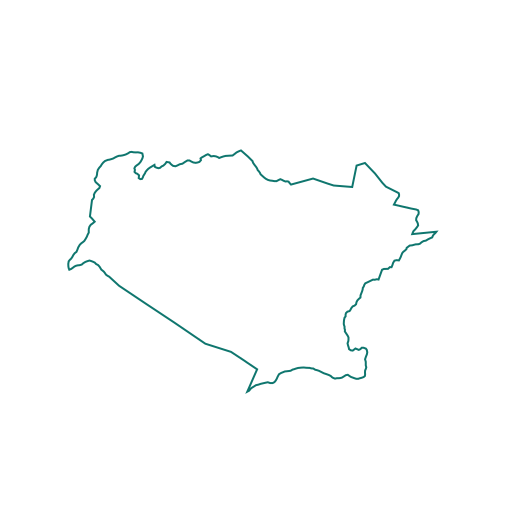 the district of Jaguarari, Bahia, Brazil, rotated 239°
{"feature_id": "56859067B76706661929889", "entity_name": "Jaguarari", "entity_type": "district", "adm_level": 2, "iso_a3": "BRA", "parent_name": "Brazil", "parent_adm1": "Bahia", "projection": "robinson", "projection_center": [-40.065, -10.053], "detail": "fine", "context": "isolated", "style": "outline", "palette": "teal", "viewbox_px": 512, "rotation_deg": 239, "n_neighbors": 0, "source": "geoboundaries", "source_scale": "gbopen_adm2", "svg_char_len": 5042}
<svg xmlns="http://www.w3.org/2000/svg" viewBox="0 0 512 512"><g transform="rotate(239 256 256)"><path d="M402.4,211.4L404.0,210.1L405.6,208.3L406.8,206.2L408.0,204.4L409.3,203.0L410.0,201.4L409.9,199.1L410.1,196.7L410.5,195.0L411.0,193.3L411.7,191.6L412.5,190.1L412.9,188.1L413.1,185.7L413.1,184.0L413.5,182.1L414.1,179.9L414.7,178.5L415.2,175.5L414.8,173.2L413.9,170.8L413.1,169.4L412.4,167.1L411.3,164.8L409.2,162.7L408.0,161.9L406.8,160.8L405.8,159.5L405.3,157.6L403.9,156.8L401.9,156.6L400.3,157.1L398.4,157.7L396.2,158.3L394.9,156.7L394.6,154.8L394.2,152.9L393.3,150.5L392.0,148.6L390.0,147.6L389.0,146.1L388.5,144.3L375.4,134.0L372.6,134.7L368.5,135.4L368.2,133.7L368.0,132.2L367.9,130.5L366.9,128.3L365.3,126.6L363.9,125.7L362.2,124.7L361.0,122.7L359.7,121.0L358.5,118.9L357.3,116.5L357.0,114.4L356.9,112.9L356.4,110.8L354.9,108.0L353.5,106.3L352.0,104.2L351.8,102.1L351.0,100.1L349.7,97.9L348.9,96.1L348.6,94.5L347.9,92.7L345.9,91.0L343.7,89.8L342.1,89.2L340.4,88.9L340.1,90.9L340.3,93.3L340.5,95.0L340.3,96.8L339.8,98.4L339.0,100.0L338.4,102.2L338.8,104.3L338.8,106.7L338.5,108.4L337.9,110.9L336.7,112.0L335.2,113.2L333.4,114.4L331.5,114.8L329.5,116.0L327.3,116.4L325.4,116.4L324.0,116.4L322.7,116.9L321.0,117.5L319.4,117.7L317.3,117.8L315.6,118.5L313.9,119.5L301.0,123.3L270.8,137.5L266.0,139.8L241.2,151.6L206.9,167.4L186.7,185.2L172.1,192.2L169.4,193.4L158.3,198.6L144.2,178.7L144.1,180.8L145.0,183.1L145.2,184.7L145.2,186.9L145.3,189.4L144.5,191.8L144.0,194.2L142.6,198.5L141.7,201.1L139.8,202.7L138.5,204.8L138.4,206.8L139.0,208.6L140.1,210.6L141.4,212.4L142.8,214.8L142.8,217.4L142.5,219.1L142.2,221.2L141.5,222.7L140.4,225.1L139.8,226.6L139.8,228.8L139.3,230.5L139.0,232.0L138.4,234.3L137.0,237.3L135.9,239.4L134.1,241.8L132.5,244.3L131.2,245.5L130.0,247.2L128.1,248.1L126.6,249.6L125.2,250.8L123.0,252.2L120.6,253.7L118.5,255.5L116.4,257.2L114.6,258.3L113.0,258.7L111.7,259.4L110.2,260.6L109.6,262.4L108.2,264.8L107.5,266.9L107.5,269.1L107.6,271.5L106.9,273.5L104.6,274.5L103.3,275.2L102.1,276.2L100.7,277.3L99.2,278.6L98.1,280.3L97.8,281.8L97.2,283.8L96.8,285.9L97.1,287.6L98.4,288.6L100.0,289.4L101.7,290.6L102.6,291.9L103.8,293.2L105.8,293.8L107.1,294.6L108.8,295.6L111.3,296.3L113.1,298.4L114.7,300.5L116.2,301.8L118.5,302.6L120.0,302.5L121.9,301.0L122.9,299.4L122.4,297.5L122.6,295.7L124.3,294.5L125.5,293.6L125.3,292.0L125.1,290.2L126.3,288.7L128.2,287.8L130.0,288.4L131.8,288.8L134.0,289.5L135.6,291.4L137.0,292.4L138.5,293.3L139.8,293.5L141.2,293.5L143.5,293.4L145.6,293.3L146.8,294.2L148.4,294.6L149.8,295.5L151.2,295.8L152.5,296.2L154.3,297.4L155.8,298.5L157.5,300.1L158.1,301.7L159.5,302.5L160.7,303.7L161.2,305.7L160.6,307.8L161.2,309.2L162.2,310.8L163.0,312.9L162.7,314.9L163.1,316.9L164.7,318.4L165.7,320.0L166.3,322.2L166.6,324.1L168.5,325.4L169.8,327.1L171.2,328.9L172.5,330.3L173.6,331.1L174.4,332.7L175.5,334.0L176.3,335.6L176.0,338.4L175.8,340.8L175.5,344.1L174.5,345.5L173.8,347.7L172.7,348.9L179.3,357.0L179.0,359.0L178.1,360.6L177.0,362.5L177.5,365.0L176.6,366.4L177.9,368.2L179.5,370.0L180.7,372.3L180.0,374.4L178.6,376.2L179.7,378.1L180.6,379.5L182.1,381.4L183.2,382.9L183.7,384.3L184.0,386.6L184.4,388.4L185.4,389.4L185.6,391.4L185.8,393.1L184.7,395.4L184.3,397.0L183.7,399.0L182.5,401.1L182.1,402.8L182.5,404.9L182.5,407.3L181.7,409.5L181.7,412.0L181.5,414.4L181.2,416.6L182.1,417.8L182.9,419.4L183.3,421.5L183.9,423.1L194.3,401.2L195.5,402.7L196.3,404.0L196.8,406.1L197.8,408.8L198.7,410.7L200.7,411.5L202.5,411.7L204.2,411.7L205.9,412.9L207.2,414.8L208.3,417.0L209.9,418.1L211.7,418.5L213.4,417.2L216.8,413.4L229.0,400.7L230.2,402.7L231.4,404.6L232.2,406.3L232.8,408.0L233.7,409.5L235.0,410.3L236.3,410.7L237.6,410.0L248.5,403.1L253.7,402.0L265.4,400.5L279.6,397.3L281.7,388.8L265.6,374.0L276.4,358.9L281.3,354.6L293.0,344.8L299.2,322.8L301.0,322.4L303.0,322.2L304.0,321.1L304.7,319.6L306.3,318.4L308.0,317.4L309.3,316.4L309.5,314.2L309.6,312.1L310.8,310.2L312.2,308.6L313.4,307.0L315.1,305.4L317.3,304.1L319.4,303.3L321.7,302.6L323.7,302.0L325.1,302.2L327.0,302.1L328.7,301.7L330.4,302.0L332.0,302.0L335.4,301.6L337.6,301.5L339.1,301.9L345.4,300.3L354.2,297.5L354.5,295.9L354.7,294.1L354.8,292.6L354.5,290.4L354.2,287.7L357.4,281.6L358.1,279.4L358.6,277.2L359.0,274.9L360.4,274.2L362.0,273.0L363.5,271.2L364.5,268.8L366.6,268.0L368.0,267.2L368.3,265.2L368.3,262.7L368.4,260.3L368.2,258.7L366.5,258.2L365.8,256.0L366.2,254.2L366.9,252.3L368.5,250.4L370.3,249.2L372.1,248.2L373.2,246.5L373.2,243.4L373.0,240.5L373.9,237.9L374.1,235.1L374.4,233.2L375.9,231.4L377.3,230.8L379.2,230.2L380.7,230.1L381.7,228.9L382.7,227.8L381.7,225.6L381.2,223.1L381.4,221.2L381.0,219.2L381.5,217.6L383.1,216.1L384.6,215.2L386.4,215.9L386.4,213.4L386.4,210.8L386.2,208.5L385.7,206.6L385.0,204.7L384.1,203.5L383.4,202.1L382.7,200.7L381.6,199.4L380.8,197.9L381.5,196.4L383.2,195.6L385.4,197.3L387.6,196.6L388.9,195.6L390.7,195.2L392.2,196.6L393.8,196.9L394.8,198.5L395.1,200.2L395.2,201.8L395.4,203.3L396.2,205.6L397.1,207.2L398.2,208.9L399.6,210.4L402.4,211.4Z" fill="none" stroke="#0f766e" stroke-width="2"/></g></svg>